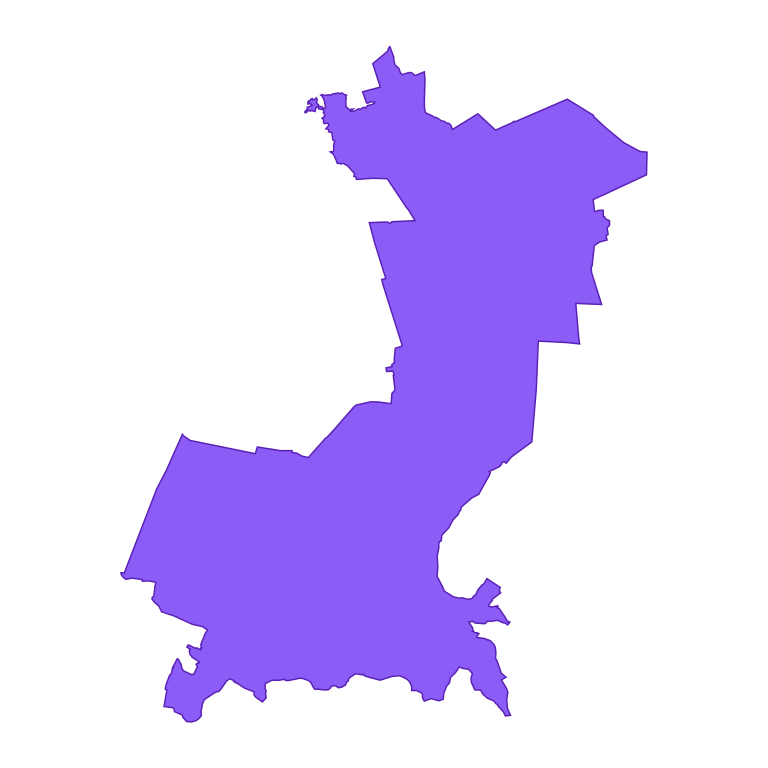 Nalbant, Tulcea, Romania (Natural Earth projection)
{"feature_id": "2599482B6965012888187", "entity_name": "Nalbant", "entity_type": "district", "adm_level": 2, "iso_a3": "ROU", "parent_name": "Romania", "parent_adm1": "Tulcea", "projection": "natural_earth1", "projection_center": [28.557, 45.014], "detail": "fine", "context": "isolated", "style": "filled", "palette": "violet", "viewbox_px": 768, "rotation_deg": 0, "n_neighbors": 0, "source": "geoboundaries", "source_scale": "gbopen_adm2", "svg_char_len": 6076}
<svg xmlns="http://www.w3.org/2000/svg" viewBox="0 0 768 768"><path d="M389.7,46.1L389.6,47.2L388.5,48.2L387.7,51.1L372.8,63.7L380.3,87.1L362.6,91.8L366.5,102.9L367.6,103.2L370.8,101.8L374.8,101.9L374.4,103.7L373.6,103.5L372.2,104.5L367.3,105.6L365.8,107.9L363.5,107.3L360.3,109.3L358.7,108.8L354.9,110.8L350.6,111.6L350.2,111.2L352.9,109.1L349.1,109.6L346.0,106.5L345.8,100.0L346.3,98.3L345.7,96.8L346.6,95.5L346.1,94.9L344.8,94.8L341.8,92.9L339.3,93.7L338.6,93.0L332.1,94.1L330.6,95.2L328.9,94.8L324.2,95.4L321.9,94.5L320.8,95.2L322.1,96.1L324.0,99.5L325.5,106.7L325.0,108.2L323.3,108.6L322.6,107.1L318.5,106.0L318.2,105.5L318.6,105.0L316.4,102.5L317.3,99.8L316.2,97.8L315.3,99.1L312.6,99.7L312.1,98.5L310.8,99.3L309.5,101.3L308.5,101.0L308.5,101.9L307.7,102.4L308.1,104.1L309.4,103.5L312.0,104.9L311.9,105.6L307.2,107.4L307.2,109.1L304.8,112.0L305.2,112.8L306.7,112.2L308.1,110.4L310.6,111.1L311.2,110.4L315.1,111.5L316.0,107.6L317.0,106.8L318.0,107.1L318.7,108.9L322.8,109.6L324.0,110.9L323.3,112.6L324.3,113.2L324.5,116.5L322.0,118.2L323.6,119.9L323.5,122.8L324.4,123.6L328.0,123.2L328.8,125.5L325.9,128.7L328.3,129.5L329.0,130.6L328.6,131.7L331.9,132.7L332.8,139.9L334.7,140.8L333.6,145.4L333.8,150.4L333.2,151.5L330.3,151.9L333.4,154.2L336.9,161.8L336.6,162.3L337.5,163.4L339.3,163.3L340.8,164.0L343.1,163.3L347.6,165.8L354.7,173.8L353.8,176.3L355.7,176.8L356.5,179.4L372.4,178.3L387.3,178.7L406.3,207.3L408.0,209.2L415.1,220.6L392.6,221.7L391.6,221.9L390.3,223.6L387.4,222.0L369.3,222.6L374.5,242.3L385.8,278.6L381.7,279.5L383.0,284.7L402.2,345.5L401.5,346.3L395.3,348.3L394.3,358.0L394.4,362.5L391.7,364.9L392.0,366.7L386.0,367.9L386.6,371.5L393.1,371.2L394.1,375.5L393.3,375.5L395.0,389.9L391.9,393.5L391.2,403.7L378.6,402.0L370.7,401.8L356.1,405.1L353.8,407.0L332.7,431.2L327.1,437.2L325.6,438.1L308.4,457.5L302.1,456.2L296.8,453.2L292.3,452.5L291.8,452.0L292.1,450.8L291.6,450.6L280.8,450.7L257.3,447.0L255.3,453.7L190.2,440.5L183.5,435.8L182.4,434.3L166.3,470.4L156.6,489.2L124.3,572.9L121.0,572.8L121.2,574.5L123.3,577.5L125.8,579.3L132.0,578.2L142.1,579.5L142.1,580.9L143.0,581.2L148.8,580.9L155.5,582.2L155.6,584.3L155.0,586.0L153.9,595.8L152.2,597.5L152.1,599.3L154.6,602.4L158.9,606.1L161.6,611.8L174.4,616.1L192.3,624.3L202.5,626.6L207.6,630.1L205.3,633.3L201.7,642.2L200.7,645.3L201.4,646.1L201.6,648.0L200.7,647.9L200.4,649.8L197.4,648.1L196.3,647.9L195.7,648.4L188.8,645.1L187.8,645.2L186.9,647.1L190.3,649.2L189.3,650.4L189.7,653.2L190.4,655.0L192.0,656.4L191.9,657.1L199.5,662.0L199.1,663.1L197.9,662.8L196.1,664.2L197.5,666.5L193.6,674.5L191.0,674.4L183.4,670.8L181.7,667.8L181.2,664.6L178.2,659.0L177.3,658.8L173.4,666.1L173.8,666.7L172.5,667.5L172.4,668.1L173.0,668.2L172.1,669.8L171.6,673.2L169.5,675.4L165.9,685.3L165.3,689.3L166.9,690.1L164.0,706.5L173.2,707.8L174.0,709.0L174.5,711.6L182.0,714.9L182.5,715.3L182.8,717.2L186.6,721.5L191.4,721.9L195.6,720.9L198.6,718.9L201.4,715.6L201.0,711.7L202.5,704.0L203.3,701.6L204.9,699.2L214.6,692.8L217.0,691.7L218.6,691.6L221.5,688.4L226.6,680.9L229.7,678.9L232.9,680.0L233.9,681.7L235.1,681.4L235.4,682.7L237.1,683.2L244.7,688.2L254.0,691.8L254.1,695.1L256.0,697.4L262.5,701.9L266.2,697.7L265.6,693.8L266.1,690.8L265.0,688.1L265.4,683.5L272.0,680.2L278.8,680.3L284.8,679.2L285.2,680.3L288.2,680.6L300.0,678.2L302.3,678.4L309.0,680.7L311.4,683.3L312.7,686.3L314.9,689.4L317.1,689.1L325.2,690.0L328.6,689.6L330.6,687.8L331.2,686.5L333.6,685.6L335.7,685.8L338.2,687.7L341.5,687.3L345.5,685.0L346.6,682.1L348.4,680.9L348.6,679.1L350.0,677.4L355.7,673.7L362.0,674.8L363.6,674.2L363.8,675.2L365.6,676.3L380.0,680.2L392.1,676.4L398.9,675.7L402.7,676.9L407.4,679.6L409.3,681.4L411.6,686.1L411.7,690.5L416.7,690.6L421.6,693.0L422.5,694.4L422.5,698.0L424.3,701.1L431.4,698.6L439.0,700.8L443.2,699.2L443.8,693.1L446.5,686.3L449.5,682.7L450.5,677.4L455.5,672.6L459.2,667.0L462.5,668.3L468.6,669.3L472.4,673.6L471.1,677.7L471.3,682.1L474.8,689.9L480.6,690.1L482.8,694.1L487.3,698.1L494.1,701.1L495.5,703.3L497.4,704.6L498.5,706.6L503.5,711.9L505.3,715.9L510.5,715.3L507.4,708.1L506.7,700.0L507.8,692.3L506.5,688.4L501.4,679.9L506.0,677.2L501.3,673.2L497.1,661.0L495.5,658.1L495.9,653.2L495.3,647.3L493.9,644.4L490.5,640.9L487.5,639.5L486.6,640.0L485.3,638.6L476.9,637.5L476.8,636.5L478.9,633.7L477.3,632.8L474.9,632.7L473.6,631.4L472.5,631.2L473.2,630.6L472.4,627.5L468.8,622.0L472.7,621.3L475.0,623.0L483.8,623.7L485.4,623.5L487.6,621.1L490.9,621.3L497.7,620.3L502.5,622.6L505.6,623.2L507.3,624.9L508.2,624.3L510.3,621.6L509.6,622.2L508.4,621.4L508.0,621.9L507.1,620.9L505.5,617.8L498.9,608.1L496.9,607.8L496.9,607.1L497.9,606.3L497.7,605.7L492.2,607.0L488.7,606.1L488.9,604.6L492.3,600.5L492.3,599.2L500.7,592.8L499.3,590.5L500.2,587.4L486.9,578.6L483.9,583.8L481.9,585.1L478.4,589.2L475.6,594.8L474.1,595.6L471.7,598.7L469.0,599.1L467.2,599.2L462.4,597.8L459.6,598.2L453.5,596.9L444.3,591.1L442.8,587.2L437.1,576.4L437.8,567.1L437.2,556.2L438.9,547.3L438.7,543.8L439.6,541.7L441.3,540.8L441.6,536.5L442.3,534.6L448.8,527.8L453.0,519.9L458.3,514.4L459.2,511.6L460.6,510.2L461.4,507.0L471.7,498.0L478.7,494.3L489.3,475.3L490.3,472.8L489.0,471.7L499.8,466.4L501.6,464.1L502.0,462.7L504.4,461.7L506.1,463.3L511.5,456.9L531.8,441.9L536.3,389.0L538.3,341.1L566.0,342.5L579.6,343.9L578.7,337.8L575.8,303.4L601.6,304.5L591.5,272.3L591.3,266.3L592.1,266.0L594.3,245.5L599.7,242.0L607.0,240.0L606.0,235.7L608.1,234.5L607.1,227.6L609.2,225.8L609.6,224.3L609.4,220.5L606.0,219.3L604.5,216.8L603.4,216.6L603.1,210.2L597.5,210.5L597.4,211.3L594.5,211.4L593.2,199.6L646.5,174.8L647.0,152.1L640.8,151.6L638.5,150.7L623.7,142.6L606.2,128.2L593.7,116.6L593.6,115.4L567.3,99.2L515.7,121.5L513.5,121.5L512.2,122.7L496.1,129.9L495.4,130.0L477.9,113.8L452.4,129.5L451.1,125.6L449.1,123.4L446.7,123.1L444.0,121.2L441.6,121.0L437.9,118.3L435.9,117.4L434.5,117.5L432.4,115.9L425.9,113.0L425.3,112.1L424.5,108.2L424.3,102.1L425.0,80.0L424.3,71.8L415.6,75.4L414.3,75.2L412.9,73.5L410.8,72.5L408.3,72.7L402.0,74.7L400.1,72.2L399.0,68.6L395.0,64.8L393.9,60.7L393.7,56.9L389.7,46.1Z" fill="#8b5cf6" stroke="#5b21b6" stroke-width="1.5"/></svg>